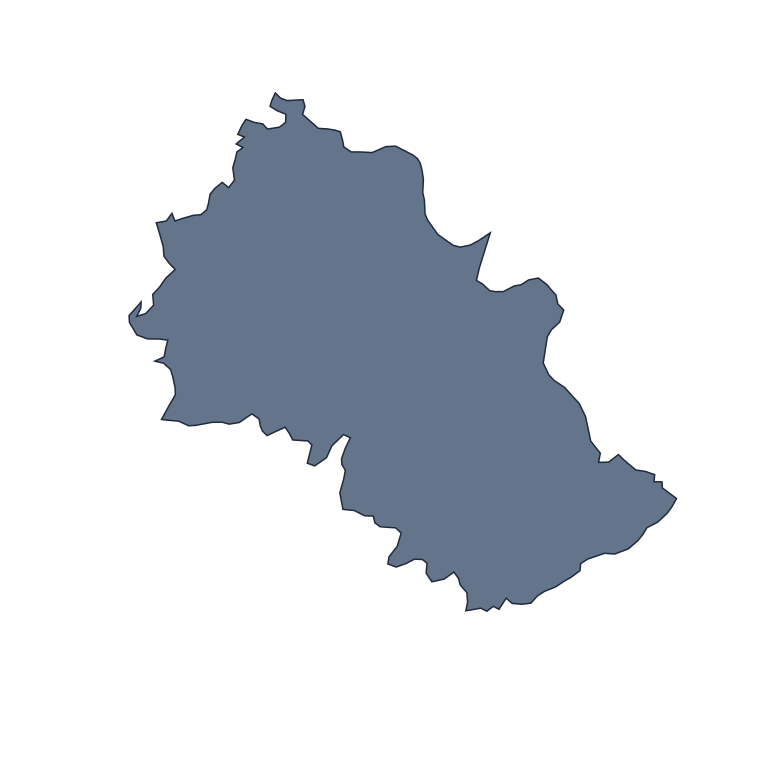 Simolândia, Goiás, Brazil (Equal Earth projection), rotated 47°
{"feature_id": "56859067B65187776336731", "entity_name": "Simolândia", "entity_type": "district", "adm_level": 2, "iso_a3": "BRA", "parent_name": "Brazil", "parent_adm1": "Goiás", "projection": "equal_earth", "projection_center": [-46.59, -14.44], "detail": "fine", "context": "isolated", "style": "filled", "palette": "slate", "viewbox_px": 768, "rotation_deg": 47, "n_neighbors": 0, "source": "geoboundaries", "source_scale": "gbopen_adm2", "svg_char_len": 2758}
<svg xmlns="http://www.w3.org/2000/svg" viewBox="0 0 768 768"><g transform="rotate(47 384 384)"><path d="M605.7,478.8L610.4,471.6L613.9,466.1L620.3,463.8L621.2,455.6L627.2,453.6L624.0,440.7L631.9,439.9L639.0,433.5L644.5,426.0L643.6,416.4L645.1,408.1L649.5,396.6L651.0,387.3L652.9,379.3L654.2,367.9L649.5,362.8L650.9,354.6L658.2,338.2L665.8,331.1L671.2,317.7L671.7,304.8L670.5,296.9L668.4,289.8L671.7,278.0L671.7,265.5L670.3,257.7L667.3,248.2L649.8,251.3L645.1,247.4L639.7,253.2L634.9,247.9L626.1,252.5L618.6,258.5L603.7,260.3L595.5,260.7L594.3,273.0L587.7,280.5L582.1,273.0L566.8,271.8L545.2,258.8L531.3,254.5L518.9,254.5L510.0,254.2L497.4,257.2L489.5,257.2L477.2,253.2L460.9,232.4L458.5,224.6L458.5,213.2L452.5,202.1L444.0,202.3L436.1,197.5L430.2,197.5L422.3,197.1L411.8,198.8L406.5,207.3L405.0,215.9L401.1,221.9L397.8,233.7L392.5,239.5L387.9,243.0L377.7,243.8L371.3,245.8L364.0,234.9L345.9,203.1L343.7,216.8L341.2,226.2L335.9,234.9L329.5,238.9L311.4,242.7L293.5,240.2L287.5,237.9L276.9,228.9L270.4,225.1L261.2,215.6L254.4,210.9L247.5,207.0L242.1,205.8L236.6,206.6L217.9,213.3L211.7,220.7L206.6,234.9L198.1,243.1L191.9,249.7L183.2,251.7L177.7,248.2L169.7,243.9L164.5,247.0L158.9,251.4L152.2,257.7L145.7,258.3L131.3,259.7L127.1,252.5L120.9,249.3L110.7,261.5L104.3,264.7L97.0,265.0L99.9,272.2L103.2,278.0L111.4,275.7L119.8,271.8L125.6,277.6L124.8,285.4L118.1,295.3L111.0,295.3L104.3,300.4L96.3,304.4L98.0,311.4L101.7,320.7L108.2,317.7L107.6,328.4L114.8,325.9L114.0,333.4L118.3,339.7L122.8,347.2L132.9,354.3L134.4,363.7L126.2,364.8L125.6,373.8L126.5,381.6L132.1,389.1L135.6,394.7L135.3,402.5L130.6,408.4L125.6,418.2L122.2,425.7L114.6,422.7L116.3,432.0L110.8,440.6L120.4,445.3L132.7,451.6L140.5,457.8L149.3,458.8L157.8,458.6L157.8,471.6L160.1,482.2L160.7,492.0L169.2,498.7L170.0,510.2L165.9,518.7L162.7,510.2L158.4,505.7L160.1,523.8L165.4,528.2L179.5,531.3L189.7,526.2L197.8,517.7L204.5,512.2L209.5,520.0L214.2,526.2L211.0,536.0L218.5,531.0L227.9,530.2L235.4,534.0L244.0,539.2L249.5,543.8L253.5,556.8L258.2,570.9L265.0,565.1L271.0,559.6L281.4,555.3L285.9,549.8L294.7,536.0L301.4,528.5L307.7,524.7L313.5,516.0L315.7,501.1L324.2,499.2L330.4,503.1L335.6,505.0L342.0,504.7L344.6,496.4L348.2,485.8L355.4,486.9L362.7,488.9L373.9,478.4L379.4,478.4L389.6,494.1L396.6,490.6L398.7,476.4L393.7,464.3L393.4,448.1L400.4,445.3L404.5,455.9L409.5,465.8L413.9,469.6L420.8,471.2L426.1,478.4L433.5,490.6L447.7,499.5L456.2,492.1L467.0,488.1L473.4,481.9L479.3,485.4L485.7,484.2L491.3,479.1L497.1,473.6L504.7,473.1L511.7,484.9L513.8,498.2L518.3,503.9L526.2,499.9L530.4,490.1L532.9,481.1L538.6,475.6L544.4,474.8L551.1,482.2L561.3,483.9L567.7,473.1L569.2,461.1L577.0,462.1L583.0,465.3L593.1,465.7L600.5,471.6L605.7,478.8Z" fill="#64748b" stroke="#1e293b" stroke-width="1.5"/></g></svg>